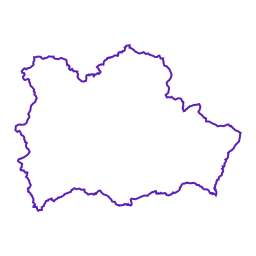 outline of Nyaruguru, Southern, Rwanda
{"feature_id": "39286606B69204186902764", "entity_name": "Nyaruguru", "entity_type": "district", "adm_level": 2, "iso_a3": "RWA", "parent_name": "Rwanda", "parent_adm1": "Southern", "projection": "mercator", "projection_center": [29.568, -2.686], "detail": "fine", "context": "isolated", "style": "outline", "palette": "violet", "viewbox_px": 256, "rotation_deg": 0, "n_neighbors": 0, "source": "geoboundaries", "source_scale": "gbopen_adm2", "svg_char_len": 5717}
<svg xmlns="http://www.w3.org/2000/svg" viewBox="0 0 256 256"><path d="M240.6,133.0L237.6,131.0L235.3,130.3L234.1,128.9L232.7,128.0L232.4,127.2L230.8,126.4L230.9,125.9L229.7,126.0L228.6,124.5L227.7,124.4L223.7,126.2L220.7,125.7L217.6,126.3L216.3,125.0L212.8,123.6L209.4,121.6L206.1,121.4L205.8,119.7L206.1,118.5L204.8,117.7L203.8,117.6L202.3,115.4L199.1,113.0L198.6,112.2L198.4,111.5L199.5,110.2L200.4,106.8L199.3,104.1L194.8,105.1L194.1,104.8L191.0,106.2L189.5,106.3L189.1,107.1L187.9,107.7L187.2,108.7L185.9,109.4L184.8,110.9L183.9,111.1L184.1,110.4L183.3,110.0L182.7,108.8L183.0,108.1L182.7,107.1L183.3,106.3L183.1,103.8L183.5,102.5L183.2,101.9L182.5,101.7L182.2,100.9L181.8,100.8L181.3,99.1L179.7,98.3L177.9,98.3L175.5,99.6L173.8,98.8L171.5,96.8L170.0,97.5L168.2,97.1L166.9,97.4L165.9,95.3L165.7,95.0L168.2,92.9L169.0,88.8L168.8,87.0L167.3,85.4L166.6,83.0L167.1,81.9L169.3,80.1L170.6,78.3L171.6,75.0L171.0,72.8L168.9,68.4L167.7,67.6L166.8,66.3L164.4,65.7L163.5,63.0L163.7,61.6L163.0,60.5L163.1,58.4L160.6,58.5L159.5,55.7L158.7,55.7L157.2,57.0L155.5,57.1L152.2,55.5L149.3,54.6L148.3,53.5L145.7,53.9L143.6,52.1L142.4,52.8L139.2,53.5L134.9,51.3L133.6,49.7L130.5,48.0L130.4,47.5L129.5,47.6L129.6,45.2L126.2,45.8L125.5,47.5L124.7,47.6L125.1,48.3L124.6,50.4L123.5,51.2L123.0,51.0L122.3,51.3L122.0,52.4L121.1,52.5L120.1,51.9L119.6,52.4L118.8,52.5L118.1,53.3L118.3,54.8L118.0,55.7L117.4,56.0L116.7,55.4L114.6,55.4L112.8,56.8L110.6,57.2L110.4,57.7L109.5,57.8L109.1,57.5L108.5,58.0L107.9,57.8L107.3,58.0L107.0,59.3L105.1,60.1L103.9,61.7L103.4,64.7L101.5,64.3L100.6,64.8L99.5,64.8L96.9,67.0L98.5,68.7L99.3,70.6L100.1,71.0L100.6,71.9L100.3,72.7L98.8,73.9L98.0,73.1L97.4,73.2L96.7,74.1L94.8,74.8L93.9,76.3L93.3,75.7L93.4,74.7L93.1,74.9L92.3,74.3L90.8,74.4L89.6,75.4L88.6,74.6L87.9,75.2L87.1,75.0L86.1,76.5L86.4,78.3L86.0,80.5L85.8,81.0L84.8,81.0L84.2,81.5L81.8,81.4L78.6,78.7L77.4,76.5L78.0,75.4L77.8,73.6L77.1,72.7L77.4,71.6L75.3,71.2L73.5,71.3L72.1,68.9L71.3,69.3L70.7,70.1L69.3,69.3L69.0,68.3L69.6,67.2L69.2,66.6L69.3,65.8L68.3,65.1L67.2,65.3L66.4,60.1L66.0,59.8L61.1,57.9L58.4,59.2L55.1,58.7L53.6,57.8L53.5,56.6L50.4,56.7L49.1,56.3L46.1,58.1L44.9,58.0L43.3,59.0L41.4,58.0L41.3,57.3L40.2,56.7L36.9,56.7L35.1,57.5L34.2,57.2L34.3,60.6L33.6,61.4L33.2,63.3L33.6,64.1L33.1,65.3L30.5,67.4L28.9,68.2L28.1,68.0L27.3,68.4L26.6,69.3L25.7,69.2L24.7,68.3L23.3,69.1L22.3,70.8L21.7,71.2L22.2,72.6L23.1,73.2L24.0,73.0L24.5,73.6L24.5,75.2L23.0,76.6L23.1,77.8L24.0,79.5L25.1,80.0L28.2,78.9L29.1,79.9L29.1,81.8L29.8,82.5L30.5,85.8L32.1,87.1L34.2,89.7L33.7,91.2L34.9,92.4L34.3,94.5L35.6,95.7L36.8,98.4L35.8,99.9L35.3,101.9L33.2,103.4L31.0,105.9L30.3,110.6L28.2,114.0L29.3,116.0L29.4,117.1L27.8,119.3L26.6,122.8L24.6,124.5L21.4,124.8L19.2,124.4L15.9,126.0L15.4,130.2L17.4,131.9L19.1,130.8L20.3,131.9L21.4,135.1L22.5,135.4L23.6,136.3L24.3,137.7L24.1,139.2L25.3,141.1L24.9,141.8L26.8,143.0L26.1,144.0L26.0,145.9L26.5,147.5L26.9,148.3L28.3,149.0L29.7,151.9L28.2,154.1L25.8,156.1L22.9,157.8L21.8,158.0L21.1,158.7L19.2,159.0L18.5,159.5L18.0,160.7L18.2,161.3L22.2,164.0L21.6,166.4L21.8,167.0L20.7,168.2L20.5,169.6L20.8,170.2L22.0,170.1L22.4,170.6L23.7,170.5L25.4,172.7L27.0,172.3L27.4,172.5L27.0,175.2L26.0,176.9L27.3,177.8L29.1,180.5L29.5,182.8L30.8,185.0L29.4,187.8L28.1,188.1L27.9,189.2L28.5,190.5L28.0,191.3L28.5,192.1L29.4,192.3L30.5,193.3L30.8,194.8L31.7,195.2L33.4,199.2L33.6,200.4L33.1,201.2L33.1,202.4L34.1,203.1L35.1,204.6L34.9,205.2L34.2,205.3L33.6,206.0L33.4,206.9L35.2,207.1L36.6,206.9L37.2,209.3L38.2,210.8L39.6,210.0L41.9,209.9L41.7,207.2L43.8,206.0L44.4,203.8L45.1,203.2L46.0,201.1L46.9,201.0L47.3,200.5L48.1,200.5L48.5,199.5L50.0,199.4L51.6,198.5L52.1,200.1L53.0,200.4L53.6,201.2L54.2,201.2L54.7,200.1L57.0,198.8L58.2,197.5L59.1,197.8L60.1,197.1L61.1,197.0L64.2,195.0L64.5,194.1L70.9,191.8L71.6,189.8L72.8,189.7L73.1,188.9L74.5,188.2L76.2,189.2L79.6,188.6L81.4,189.8L83.6,189.5L84.6,189.8L84.5,191.6L84.9,192.1L87.7,193.8L88.1,194.6L91.9,193.7L93.8,194.6L94.4,193.6L95.0,193.3L95.5,194.1L96.1,194.0L96.4,193.1L98.6,190.9L100.3,190.6L101.5,192.5L103.6,194.4L106.5,195.2L109.1,197.1L109.3,197.7L111.4,199.7L111.9,201.3L112.9,201.7L114.8,201.8L115.9,204.1L117.5,205.0L119.3,205.2L119.3,205.6L124.1,204.8L124.3,204.1L125.3,204.1L126.7,204.1L126.8,204.8L127.9,204.9L128.3,204.3L128.8,205.0L130.2,205.1L130.7,205.5L131.3,205.1L131.7,203.5L130.7,199.6L131.3,198.8L132.4,198.6L133.3,199.0L135.6,199.2L143.3,195.8L145.9,195.5L147.6,195.8L148.4,194.8L152.4,192.0L153.0,192.2L155.5,191.0L156.1,191.3L156.1,193.4L157.1,193.8L158.3,193.1L158.6,193.7L160.0,193.7L160.8,192.8L162.2,193.6L164.8,193.0L165.1,193.6L166.1,193.7L166.5,194.9L168.5,195.5L169.7,194.9L170.3,194.9L171.9,193.7L172.0,193.0L172.2,193.6L172.6,193.3L173.1,192.4L174.5,193.1L177.9,191.3L179.6,189.6L180.0,188.5L179.9,187.5L180.8,187.0L181.6,184.9L182.7,183.7L185.1,183.5L185.8,182.9L187.1,183.0L187.5,182.6L189.7,183.3L193.9,182.9L195.9,183.8L196.7,185.0L198.8,184.9L200.1,186.4L201.6,186.7L201.8,187.2L202.3,187.3L202.6,188.3L204.2,189.3L207.5,189.5L209.2,191.2L209.9,193.1L210.8,193.1L212.4,194.2L212.8,194.0L212.6,193.1L213.2,193.2L214.9,194.4L215.6,194.5L215.9,195.1L216.3,194.0L216.4,191.8L215.6,190.8L215.7,189.5L215.2,189.2L214.7,189.4L214.3,187.9L215.1,187.4L215.2,184.8L216.2,183.6L216.4,181.3L217.0,180.9L217.1,180.0L217.6,179.5L218.5,179.6L219.2,177.0L220.1,176.1L221.4,175.5L221.9,174.7L222.1,172.6L223.1,171.7L223.1,169.9L222.0,168.8L223.3,167.8L222.7,166.3L224.1,166.3L224.5,165.7L224.5,163.5L225.9,161.5L226.0,160.6L225.4,159.5L226.0,159.1L226.4,159.4L227.9,157.6L228.3,153.9L228.0,153.0L228.9,152.5L229.4,151.4L231.8,150.3L232.2,149.5L233.5,148.6L235.4,145.0L239.0,141.5L239.9,137.0L240.2,133.6L240.6,133.0Z" fill="none" stroke="#5b21b6" stroke-width="2"/></svg>